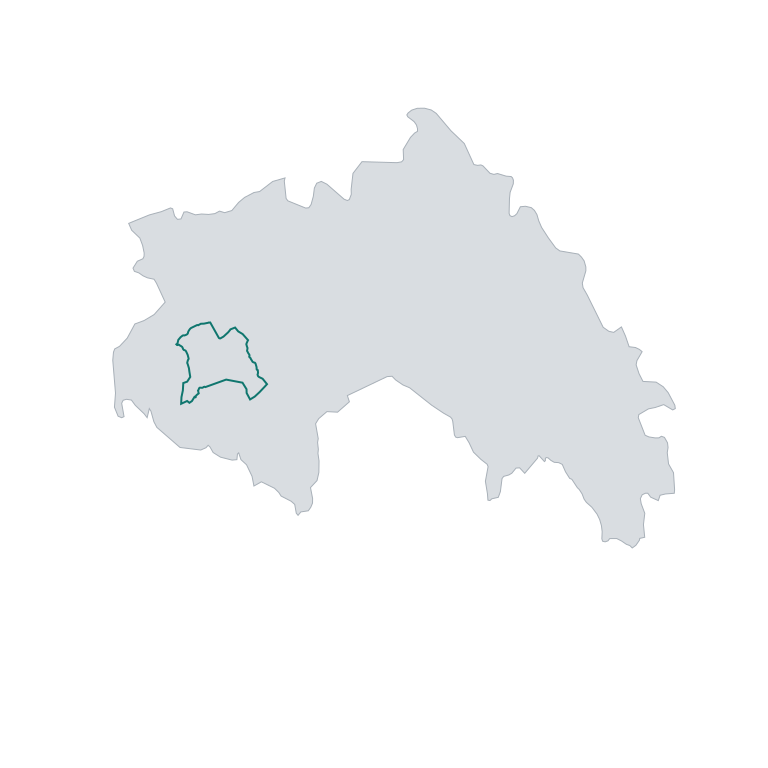 Télimélé on a map of Guinea (Equal Earth projection), rotated 335°
{"feature_id": "GIN-5660", "entity_name": "Télimélé", "entity_type": "Prefecture", "adm_level": 1, "iso_a3": "GIN", "parent_name": "Guinea", "parent_adm1": "", "projection": "equal_earth", "projection_center": [-13.393, 10.882], "detail": "fine", "context": "in_parent", "style": "outline", "palette": "teal", "viewbox_px": 768, "rotation_deg": 335, "n_neighbors": 0, "source": "natural_earth", "source_scale": "10m", "svg_char_len": 5844}
<svg xmlns="http://www.w3.org/2000/svg" viewBox="0 0 768 768"><g transform="rotate(335 384 384)"><path d="M458.7,519.2L453.4,518.3L451.0,519.6L444.0,530.7L439.7,535.0L433.2,533.6L430.8,534.4L429.1,533.2L431.4,527.1L434.8,515.0L443.4,502.9L443.6,500.4L440.0,493.3L436.3,483.6L436.3,473.3L435.5,465.8L427.9,463.7L426.5,462.4L426.3,459.9L430.5,447.0L430.9,444.4L430.3,442.1L425.6,435.5L418.2,423.3L405.6,398.2L400.8,392.9L396.3,385.3L394.6,380.4L389.9,378.6L345.9,379.0L345.1,385.5L330.0,389.9L320.6,384.9L310.2,387.8L305.2,391.1L301.3,405.7L299.1,408.9L296.9,415.4L294.8,419.0L292.6,426.3L287.6,436.6L282.5,443.2L273.6,446.8L270.9,457.6L268.9,461.7L265.5,464.8L261.8,466.9L254.6,464.8L250.6,466.7L249.9,464.0L252.2,455.4L250.3,451.0L243.4,442.1L242.8,437.8L240.7,432.2L231.5,420.8L223.0,421.5L225.4,411.9L225.3,399.1L222.4,392.1L223.2,385.0L221.6,385.5L218.7,390.4L214.2,388.8L204.9,381.2L200.2,373.9L199.7,367.6L198.7,365.2L195.8,366.5L190.0,366.4L172.3,355.3L159.8,327.3L159.5,321.0L161.3,310.1L160.9,307.1L155.1,314.4L154.0,309.5L149.6,298.3L148.3,291.8L144.1,289.0L140.7,288.5L138.1,290.6L134.6,303.7L132.0,303.7L129.4,300.8L129.9,291.1L136.8,278.8L148.2,247.9L152.3,240.8L154.8,238.4L160.2,238.1L170.7,233.9L183.6,224.3L193.4,225.1L205.1,223.9L220.3,217.3L220.4,196.6L219.9,191.9L214.5,187.8L211.4,184.2L208.7,179.6L205.4,176.4L205.5,172.9L212.3,168.5L218.4,168.6L220.5,166.9L222.0,163.9L223.8,156.4L224.4,148.6L220.3,138.0L220.5,130.5L242.8,131.6L255.0,133.7L264.9,134.2L266.5,135.9L265.2,143.2L266.4,147.5L269.8,148.6L275.4,143.6L278.3,144.7L284.6,151.0L290.4,152.8L296.7,156.2L302.7,158.1L308.0,157.8L312.0,161.4L319.4,162.5L329.0,158.0L336.5,156.0L347.1,155.5L352.6,157.0L368.7,153.4L381.4,155.4L379.4,157.9L373.7,174.5L374.3,177.4L387.3,191.4L390.3,192.5L393.8,190.5L399.3,184.0L403.7,177.0L407.9,173.6L412.8,173.9L416.7,178.8L425.9,199.6L428.3,202.2L430.5,202.2L434.5,198.3L436.5,193.7L444.9,180.0L458.0,173.2L489.3,188.9L493.9,190.1L496.6,188.9L500.5,179.6L512.2,171.7L517.8,169.5L521.1,169.2L522.3,166.7L522.9,162.9L522.2,159.0L518.5,151.9L518.4,149.8L520.5,148.5L524.9,147.5L530.7,148.2L537.3,151.2L542.6,155.6L545.7,160.8L551.7,182.8L558.4,200.0L558.2,223.1L561.2,225.4L564.4,226.4L565.9,228.2L569.1,237.8L572.2,240.5L575.8,241.2L582.6,247.3L586.9,249.7L587.6,251.5L587.4,254.0L585.8,257.2L579.3,263.6L576.0,269.1L569.5,282.2L569.3,284.6L570.7,286.4L573.5,286.7L576.4,285.8L582.5,281.0L587.3,282.7L592.0,286.4L593.7,290.2L594.2,295.1L593.2,301.6L593.0,308.7L594.7,321.0L597.1,333.2L599.6,337.7L615.1,348.4L616.6,352.5L617.4,357.0L616.4,363.2L614.8,366.7L606.4,376.3L605.1,380.8L605.8,389.3L606.6,425.2L610.0,431.2L614.0,434.3L623.3,432.6L623.1,442.6L621.9,453.8L627.3,457.2L630.1,460.6L631.6,463.8L623.1,469.7L620.6,473.2L619.5,482.5L619.8,491.1L631.4,497.3L635.9,504.5L637.9,512.0L638.6,526.2L637.6,529.4L634.7,529.5L628.8,520.9L619.8,519.9L613.2,518.3L602.0,519.4L600.2,522.0L599.0,540.8L601.7,543.9L607.0,547.5L610.4,549.0L613.3,548.6L615.6,550.9L616.1,557.1L614.6,561.6L611.7,565.9L608.1,576.7L608.9,586.7L602.7,602.6L600.9,605.7L592.6,602.6L587.2,601.5L583.3,605.6L577.9,599.3L576.9,594.5L574.9,593.5L571.2,593.5L567.9,596.2L566.5,601.2L565.7,611.4L559.7,621.1L555.5,633.1L550.5,632.0L549.5,633.5L544.2,636.6L539.7,637.5L538.5,634.3L535.9,631.7L532.9,626.6L529.6,622.4L523.2,619.5L520.7,620.8L517.7,620.5L515.7,618.9L516.0,616.4L519.3,610.1L521.2,604.3L522.2,598.0L522.1,592.0L520.3,583.5L517.4,576.8L516.7,572.9L517.1,567.4L516.4,562.2L515.4,559.6L514.0,549.8L512.4,548.0L511.4,540.2L511.6,532.2L509.1,529.1L505.2,526.9L503.0,523.8L501.5,520.3L500.1,519.3L498.9,519.5L497.8,521.7L496.6,522.1L494.3,514.6L493.3,514.3L491.8,516.1L473.8,524.4L471.5,517.3L468.1,516.0L462.1,518.9L458.7,519.2Z" fill="#d9dde1" stroke="#a8b0b8" stroke-width="1"/><path d="M272.9,269.9L274.1,274.7L277.0,279.0L279.3,286.8L279.0,287.0L276.5,289.2L276.1,289.7L275.9,290.2L275.9,290.8L275.7,291.5L275.5,293.7L274.6,295.1L274.1,295.7L273.9,296.2L273.9,296.7L274.0,297.2L274.0,298.6L274.1,299.1L274.3,300.2L274.3,300.9L274.1,301.4L273.6,301.9L273.4,302.4L273.4,302.8L273.5,303.2L273.8,303.5L273.9,303.9L274.0,304.4L273.9,305.4L274.0,306.0L274.2,307.0L274.2,308.1L274.4,308.5L274.6,308.9L275.1,309.4L275.4,309.7L275.7,309.9L276.0,310.2L276.1,310.6L276.2,311.1L275.7,314.5L275.5,315.2L275.2,315.9L274.9,316.5L274.8,317.1L274.9,317.4L275.2,317.5L275.4,317.7L275.4,318.3L274.6,320.5L274.2,321.1L273.8,321.6L273.4,322.0L273.3,322.5L273.2,323.5L273.3,324.0L273.5,324.4L273.7,324.8L273.9,325.1L276.2,327.9L277.9,334.7L275.3,335.8L267.7,338.8L261.5,340.8L256.1,341.4L255.9,337.6L255.7,334.1L257.2,330.6L256.3,323.0L242.8,313.3L228.5,312.0L220.8,311.3L220.1,310.6L219.3,310.5L218.1,310.7L217.4,310.5L215.6,309.5L214.9,309.6L214.3,310.0L213.8,310.6L213.3,311.0L212.7,311.3L212.1,314.2L209.5,314.8L209.2,315.0L208.3,315.4L208.0,315.8L207.8,316.3L207.6,316.4L207.3,316.3L206.8,315.6L202.7,318.3L199.7,318.8L198.4,316.2L191.8,316.2L194.9,310.3L199.0,304.8L202.5,298.3L206.6,298.7L211.4,295.7L212.8,290.7L213.9,287.2L214.5,283.0L214.5,282.1L214.7,281.5L216.0,279.9L216.6,279.3L217.3,278.9L217.5,278.7L217.7,278.3L218.4,274.5L218.4,273.6L218.4,271.6L218.4,270.8L218.3,270.2L218.2,269.8L217.4,268.9L217.1,268.7L216.9,268.3L216.7,267.7L216.8,265.6L216.7,265.0L215.9,263.6L215.4,263.0L214.8,261.8L214.5,261.6L213.6,261.5L213.2,261.4L212.9,261.2L212.6,260.3L213.9,260.0L215.2,258.4L216.2,257.1L219.4,255.6L222.0,255.0L222.6,255.1L222.9,255.2L223.2,255.4L223.5,255.6L224.8,255.8L225.6,255.8L226.7,255.7L227.3,255.4L227.8,255.0L228.3,254.3L229.0,253.6L230.7,252.5L231.7,252.0L232.8,251.7L238.7,251.6L239.5,251.6L240.0,251.8L240.4,252.2L243.5,252.0L246.3,253.2L250.5,254.2L251.1,254.2L251.4,254.4L252.5,254.8L253.8,272.3L253.9,272.7L254.6,273.4L255.1,273.5L258.6,273.2L264.6,271.3L267.3,270.0L267.9,269.6L272.9,269.9Z" fill="none" stroke="#0f766e" stroke-width="2"/></g></svg>